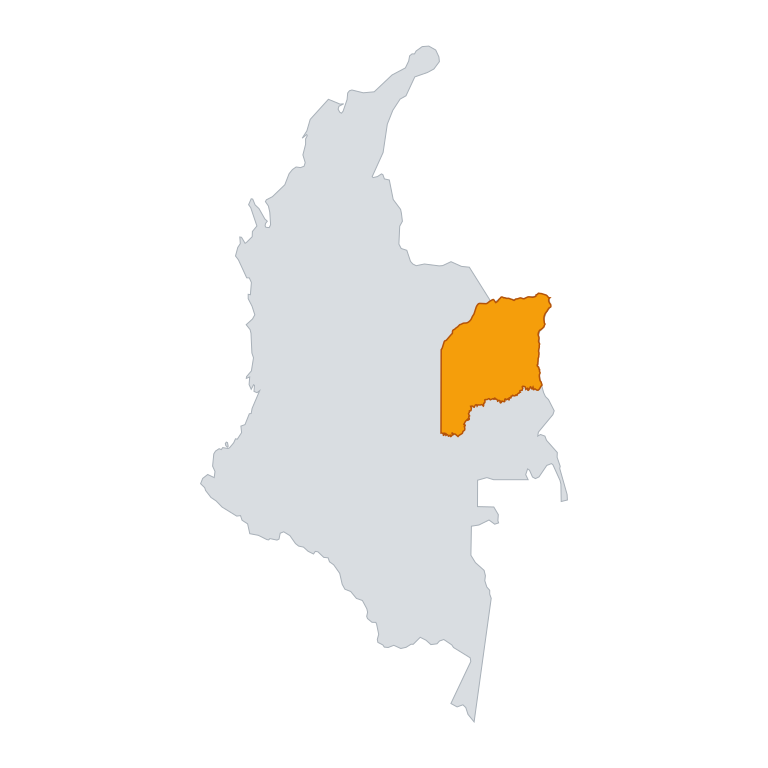 Vichada highlighted on a map of Colombia
{"feature_id": "COL-1427", "entity_name": "Vichada", "entity_type": "Commissiary", "adm_level": 1, "iso_a3": "COL", "parent_name": "Colombia", "parent_adm1": "", "projection": "equal_earth", "projection_center": [-69.078, 4.548], "detail": "fine", "context": "in_parent", "style": "filled", "palette": "amber", "viewbox_px": 768, "rotation_deg": 0, "n_neighbors": 0, "source": "natural_earth", "source_scale": "10m", "svg_char_len": 9710}
<svg xmlns="http://www.w3.org/2000/svg" viewBox="0 0 768 768"><path d="M433.9,69.0L427.4,72.5L414.8,76.9L406.0,95.8L400.1,99.1L392.8,110.3L387.3,124.2L383.1,152.5L372.2,176.6L373.1,177.6L377.4,176.6L381.5,173.9L382.9,174.7L384.4,178.9L389.3,180.0L393.2,199.5L400.6,209.4L401.4,213.2L402.4,221.3L399.7,226.2L398.9,244.1L401.2,248.5L406.8,250.3L410.5,261.4L412.8,264.0L416.2,265.7L424.4,264.0L439.2,265.9L442.7,265.6L451.0,261.7L461.5,266.4L469.3,267.2L490.4,300.8L492.5,299.9L495.2,301.8L500.5,298.4L505.1,297.8L511.2,299.5L519.2,299.5L535.2,296.1L537.6,294.1L546.4,296.1L549.0,298.6L550.2,304.8L549.2,308.7L546.2,312.6L544.5,317.7L544.2,323.8L542.6,328.3L539.8,331.2L538.7,335.5L539.3,341.1L537.8,366.5L539.0,368.6L539.9,379.0L543.6,392.6L545.4,396.5L548.5,399.6L554.2,410.8L552.9,414.6L538.4,432.1L537.7,436.1L540.5,434.5L544.9,436.1L546.5,440.3L557.3,452.5L557.1,457.2L560.2,466.3L559.7,468.4L567.1,494.5L567.4,500.0L561.2,501.5L560.9,484.0L560.0,480.4L553.0,464.9L551.5,463.6L546.8,465.4L539.0,476.9L535.4,478.6L532.5,477.0L529.5,470.2L527.6,468.9L525.7,474.6L528.1,479.7L493.6,479.7L486.9,477.6L477.6,480.2L477.5,506.6L493.8,507.0L498.3,514.6L497.9,520.7L498.6,522.9L494.7,524.2L489.0,520.0L478.9,525.0L471.4,526.2L470.9,555.3L475.4,562.6L484.1,570.4L485.4,575.7L484.8,580.7L486.8,587.0L489.7,590.3L489.7,594.1L491.2,598.3L474.1,721.9L468.0,714.4L465.8,707.6L462.9,704.8L457.1,706.9L450.9,703.5L470.8,661.5L470.2,657.8L453.5,647.5L451.8,644.9L443.8,639.5L439.5,641.0L437.0,643.8L430.9,644.6L426.0,640.2L420.2,637.3L413.2,644.3L411.1,644.2L406.1,647.3L400.8,648.5L393.8,645.3L388.2,647.5L384.3,647.1L382.8,644.9L377.9,642.4L377.3,639.5L378.7,634.3L376.6,624.1L375.8,622.4L372.0,622.3L367.5,618.6L366.7,616.4L367.6,612.2L366.8,608.7L362.4,600.5L356.4,598.4L350.7,591.5L344.9,589.2L342.2,584.3L339.7,573.3L333.7,564.8L329.5,561.8L328.1,557.8L323.8,557.4L317.9,551.8L315.3,551.4L313.5,554.0L308.1,551.3L303.5,547.1L298.7,546.1L295.5,543.6L289.9,535.6L283.7,531.8L280.2,533.2L279.0,539.1L277.0,540.1L269.9,538.6L268.7,539.9L266.9,539.6L258.3,535.3L249.8,533.7L247.6,523.8L242.1,520.3L240.5,515.6L236.7,516.1L222.1,507.1L216.1,500.9L211.0,497.5L205.6,490.5L204.7,487.7L200.6,483.7L202.7,478.4L207.7,474.5L214.2,477.6L215.0,471.5L212.6,466.1L213.8,453.9L215.5,451.1L219.1,448.7L221.3,449.6L222.7,447.6L228.0,448.5L229.6,447.7L233.7,442.8L235.5,438.8L237.3,439.2L241.6,432.6L240.9,426.1L245.0,424.6L249.3,413.8L251.2,413.5L252.1,408.4L259.7,390.6L257.0,392.7L254.0,391.4L254.5,385.4L253.6,384.7L251.2,389.3L249.1,384.6L249.7,377.0L246.3,378.4L246.5,376.7L251.4,370.9L253.5,357.8L251.9,353.0L251.0,333.3L250.1,329.6L246.2,324.7L252.5,319.0L254.8,314.8L252.0,306.1L248.2,298.7L248.2,294.3L250.4,294.7L251.4,282.5L249.3,277.9L246.7,277.8L238.4,259.8L235.5,256.0L237.8,247.4L240.3,243.6L239.8,237.0L241.5,237.3L245.1,243.3L246.5,242.4L252.2,236.7L252.4,231.5L256.9,226.0L250.7,207.6L248.6,204.7L251.2,198.8L252.7,199.1L255.1,204.9L259.0,208.6L264.8,218.9L267.3,221.2L265.5,223.5L265.1,225.9L265.9,227.3L269.2,227.6L270.6,224.8L269.8,212.3L268.4,206.0L265.4,201.6L266.4,199.8L272.4,196.7L284.8,184.8L289.1,173.7L292.4,169.6L296.1,167.0L300.6,167.6L304.1,166.2L305.2,162.6L302.9,154.9L305.6,144.3L305.6,138.9L307.3,135.7L306.7,134.5L302.2,138.2L306.9,130.8L310.2,119.4L328.4,99.3L340.0,104.1L343.7,103.8L338.9,106.3L338.1,109.2L339.8,112.3L341.5,113.2L343.1,111.2L347.1,99.5L347.7,93.0L349.4,90.8L351.9,90.0L363.3,92.8L374.2,91.8L392.0,75.0L405.4,67.9L408.7,61.0L409.6,55.9L412.0,53.9L414.5,53.9L416.1,51.0L422.2,46.6L428.8,46.1L435.7,50.0L438.9,56.9L439.4,61.6L433.9,69.0ZM228.2,446.3L227.4,447.2L225.8,445.6L225.3,443.6L226.3,442.1L227.5,442.6L228.2,446.3Z" fill="#d9dde1" stroke="#a8b0b8" stroke-width="1"/><path d="M549.9,297.8L549.1,298.6L548.8,299.1L548.7,299.7L548.7,301.2L549.8,303.6L550.6,304.3L550.8,305.1L550.9,306.1L550.8,306.8L550.4,307.2L549.3,307.8L548.9,308.1L547.5,310.2L547.2,310.9L545.4,313.2L544.7,314.6L544.2,316.2L543.9,318.0L543.9,319.8L544.3,322.2L544.3,323.0L545.0,324.0L544.9,324.5L544.3,325.4L544.0,326.8L543.8,327.1L543.5,327.2L543.2,327.5L542.6,328.3L542.4,328.5L541.5,329.0L540.8,329.8L540.7,329.9L540.4,329.8L540.2,329.8L539.1,331.1L538.4,332.7L538.1,334.4L538.4,335.9L538.7,336.6L538.9,337.2L539.0,337.9L539.0,338.9L538.9,339.2L538.7,340.2L538.6,340.7L538.6,341.6L538.8,342.4L539.0,342.8L539.5,343.6L539.6,343.9L539.6,344.3L539.3,344.8L539.2,345.0L539.3,346.8L539.2,347.6L538.8,349.2L538.6,350.7L538.6,351.7L538.7,351.9L539.0,352.9L539.0,353.4L538.9,353.9L539.0,354.3L538.8,355.1L538.7,356.9L538.5,357.5L538.2,358.2L538.1,359.0L538.0,361.3L537.8,362.4L537.8,363.7L537.8,364.1L537.6,364.4L537.4,364.6L537.2,364.9L537.2,365.4L537.3,365.9L537.5,366.3L537.7,366.6L538.0,366.8L538.0,366.6L538.6,367.1L538.8,367.6L539.0,369.1L539.5,369.4L539.6,369.6L539.7,370.0L539.5,370.5L539.4,370.9L539.5,371.4L540.0,372.3L540.1,372.8L540.0,373.3L539.4,374.6L539.3,376.2L539.5,377.5L539.7,378.8L539.9,380.0L540.1,380.8L540.7,381.4L541.2,382.2L541.5,383.6L541.8,384.0L542.0,384.8L541.9,385.4L541.4,385.8L541.0,386.2L539.5,388.9L538.3,390.1L537.1,390.2L536.0,389.6L534.9,388.8L534.2,389.4L533.8,389.7L533.4,389.6L533.2,389.1L533.2,387.7L533.0,387.1L532.3,388.6L531.9,388.9L531.4,388.3L530.9,387.2L530.6,386.8L530.2,387.0L530.0,387.5L529.6,388.5L529.4,388.9L528.7,390.0L528.3,390.3L527.9,390.2L527.7,389.9L527.8,389.5L528.0,389.1L528.1,388.7L527.7,388.2L527.0,388.5L525.8,389.4L525.6,388.8L525.5,387.8L525.3,387.0L524.7,386.6L523.4,386.3L522.7,386.3L522.3,386.6L522.3,387.3L522.7,387.9L522.8,388.3L522.5,388.9L522.3,389.5L522.2,390.2L521.9,390.4L520.6,390.5L520.0,390.6L519.8,391.1L519.9,391.6L520.2,392.2L519.9,392.2L519.6,392.3L519.3,392.7L519.1,393.1L518.2,393.4L517.7,393.9L517.3,394.5L517.1,395.2L516.9,395.4L516.6,395.2L516.3,394.9L515.9,394.9L515.6,395.1L515.4,395.5L515.0,395.8L514.0,395.9L513.5,395.7L513.0,395.4L512.6,395.3L512.0,396.1L511.1,396.3L511.1,397.3L511.0,397.8L510.6,398.0L509.4,397.7L509.0,398.1L509.1,398.9L509.2,399.7L508.5,399.7L508.1,399.1L507.8,398.9L507.5,399.0L506.5,399.7L506.1,399.7L505.8,399.6L505.8,399.2L505.7,399.1L505.3,398.9L505.1,399.0L504.9,399.1L504.7,399.7L504.8,401.3L504.4,401.7L502.4,401.3L502.0,401.1L501.7,401.5L501.3,402.4L501.0,402.7L500.5,402.9L500.3,402.7L500.1,402.4L500.0,402.2L500.1,401.0L499.8,401.0L499.3,400.5L499.0,400.3L498.7,400.4L498.0,401.1L497.7,401.2L497.7,400.5L497.6,400.3L497.5,400.1L496.9,399.8L496.6,399.2L496.4,399.2L496.0,399.2L495.7,399.2L495.5,398.9L495.2,398.3L494.8,398.1L494.4,398.2L494.2,398.6L494.2,399.2L493.9,399.3L493.4,398.8L492.8,398.7L491.7,399.3L491.0,399.4L490.5,399.6L490.3,399.8L490.0,399.6L489.7,399.2L489.4,398.8L488.9,398.6L488.4,398.8L487.5,399.4L486.8,399.5L486.1,399.6L485.6,399.5L485.1,399.6L484.8,399.8L484.7,400.2L484.9,400.6L485.0,400.9L484.8,402.6L484.3,403.1L483.9,403.1L483.7,403.5L483.6,405.7L483.4,406.1L483.1,405.9L482.6,405.2L482.0,404.6L481.5,404.6L480.9,404.8L480.2,405.0L478.1,404.9L477.6,405.0L477.3,405.8L477.1,406.1L476.8,405.3L476.5,404.9L476.3,404.7L475.7,404.8L475.3,405.1L475.0,405.6L474.2,407.2L473.5,407.0L473.2,406.8L473.1,406.5L472.8,406.2L472.0,406.1L471.2,406.2L470.6,406.3L470.8,406.8L471.4,408.0L471.3,408.7L471.0,410.4L470.7,410.8L469.5,410.8L469.4,411.8L469.3,412.0L469.2,412.5L469.0,412.9L468.5,413.6L468.6,414.1L468.8,414.7L469.2,415.1L469.5,415.6L469.6,415.9L469.5,416.1L469.0,416.2L468.8,416.5L468.8,417.2L469.2,418.3L469.3,418.9L469.2,419.4L468.9,419.6L468.7,419.5L468.5,418.8L468.4,418.5L468.3,418.4L468.1,418.6L468.1,419.2L468.2,419.7L468.1,420.1L467.8,420.3L467.5,420.2L467.1,419.7L466.8,419.9L466.7,420.2L466.0,420.8L465.6,421.2L464.9,422.3L464.4,423.5L463.9,424.1L463.8,424.3L463.9,424.5L464.6,424.7L464.9,424.8L465.1,425.1L465.2,425.5L465.1,425.9L464.7,426.1L464.4,426.3L464.3,426.5L464.4,426.9L464.6,427.5L464.8,428.4L464.8,429.3L464.6,430.1L463.0,431.4L462.8,431.8L462.6,432.8L462.2,433.4L461.5,433.9L459.0,435.4L458.0,436.5L455.2,434.1L454.7,434.0L454.1,434.0L453.7,434.5L452.7,433.3L452.4,433.0L452.1,433.0L452.0,433.3L452.1,433.6L452.3,434.0L452.4,434.5L452.4,434.9L452.2,435.2L450.9,436.5L450.7,436.5L450.6,435.6L450.5,435.3L450.3,435.2L449.9,435.3L449.5,435.7L449.1,436.0L448.6,436.2L448.3,436.0L447.9,435.1L447.5,434.7L447.0,434.7L446.2,435.2L446.2,434.5L446.2,434.0L445.8,433.5L445.5,433.5L445.4,433.9L445.4,434.4L445.2,434.7L444.9,434.4L444.6,433.7L444.1,433.1L443.8,433.2L443.7,433.6L443.8,434.3L443.8,434.8L443.7,435.2L443.5,435.3L443.3,435.1L443.3,434.7L443.4,433.9L443.3,433.6L442.7,433.4L442.2,433.3L441.7,432.9L441.0,433.0L441.2,349.7L441.5,349.3L442.2,348.1L444.2,341.7L444.6,341.0L445.8,340.5L446.4,340.2L451.7,334.0L452.2,333.7L452.4,333.3L452.5,331.4L452.7,330.6L453.2,330.0L454.5,329.3L455.0,328.9L455.7,328.2L457.7,326.8L459.6,324.8L460.2,324.5L460.9,324.4L462.8,323.4L463.9,323.1L466.3,323.0L467.5,322.6L468.4,322.1L469.4,321.3L470.4,320.3L471.1,319.3L472.1,317.2L472.3,316.6L473.5,314.8L474.1,313.7L476.2,307.1L476.9,305.7L477.8,304.4L478.6,303.7L479.6,303.4L486.0,303.7L487.2,303.3L490.2,300.9L491.0,300.6L492.5,299.7L493.3,299.5L493.9,299.9L495.2,301.9L495.8,302.6L497.6,301.3L499.3,299.0L500.0,298.5L500.8,297.4L501.4,297.0L502.1,297.0L502.8,297.2L503.9,297.9L504.4,297.7L505.1,297.9L505.8,298.2L506.5,298.4L508.4,298.3L509.0,298.4L511.0,299.2L511.6,299.3L512.3,299.5L513.5,300.3L514.2,300.4L514.6,300.1L515.4,299.2L515.8,299.0L517.6,298.8L519.8,298.0L520.5,297.9L521.1,298.0L523.1,298.7L524.2,298.7L527.6,297.0L528.9,296.8L532.8,297.3L534.0,297.0L535.1,296.6L535.6,296.4L535.9,296.1L536.0,295.6L536.1,295.2L536.2,294.7L536.6,294.6L537.0,294.6L537.3,294.5L537.6,294.2L538.2,293.4L538.6,293.2L538.8,293.2L539.4,293.4L541.5,293.6L546.2,295.1L547.1,295.8L547.9,296.8L548.7,297.7L549.9,297.8Z" fill="#f59e0b" stroke="#b45309" stroke-width="1.5"/></svg>